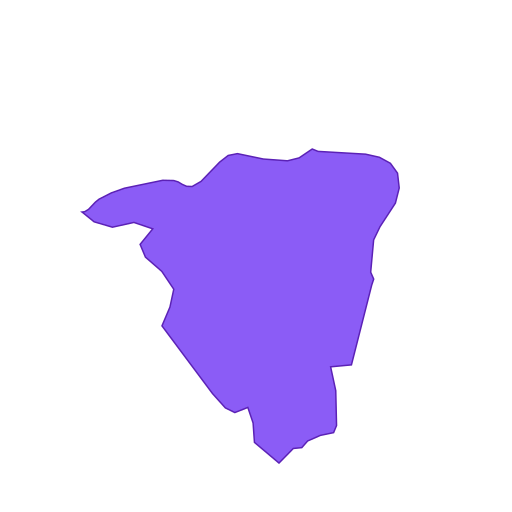 SVG path tracing the border of Kabale, rotated 216°
{"feature_id": "UGA-3375", "entity_name": "Kabale", "entity_type": "District", "adm_level": 1, "iso_a3": "UGA", "parent_name": "Uganda", "parent_adm1": "", "projection": "natural_earth1", "projection_center": [30.02, -1.25], "detail": "fine", "context": "isolated", "style": "filled", "palette": "violet", "viewbox_px": 512, "rotation_deg": 216, "n_neighbors": 0, "source": "natural_earth", "source_scale": "10m", "svg_char_len": 912}
<svg xmlns="http://www.w3.org/2000/svg" viewBox="0 0 512 512"><g transform="rotate(216 256 256)"><path d="M289.6,349.6L286.5,351.5L278.8,360.7L273.4,375.6L267.3,377.1L227.2,402.8L214.2,408.4L201.8,410.0L190.2,406.2L180.1,395.2L174.3,380.7L172.9,352.6L170.3,338.2L153.7,310.3L147.2,306.5L145.3,300.5L114.8,224.0L130.5,210.2L112.3,193.9L91.2,166.2L89.4,158.7L98.5,148.7L105.5,136.7L106.3,127.9L112.7,122.2L115.7,102.0L147.7,104.3L160.2,119.2L173.6,128.7L181.1,116.9L191.5,115.1L210.2,119.1L291.0,144.2L295.6,164.1L303.0,180.8L323.2,188.2L344.8,190.1L356.6,197.3L355.5,217.3L374.5,211.4L389.1,194.9L407.1,188.5L422.2,189.3L422.6,189.3L420.6,191.2L418.9,195.3L417.6,205.2L416.4,209.7L410.1,222.1L402.3,233.5L376.0,262.4L366.9,268.7L362.5,270.2L357.8,270.6L353.1,271.6L348.5,274.7L344.3,284.1L340.6,310.6L337.6,321.0L331.2,327.9L307.0,338.8L289.6,349.6Z" fill="#8b5cf6" stroke="#5b21b6" stroke-width="1.5"/></g></svg>